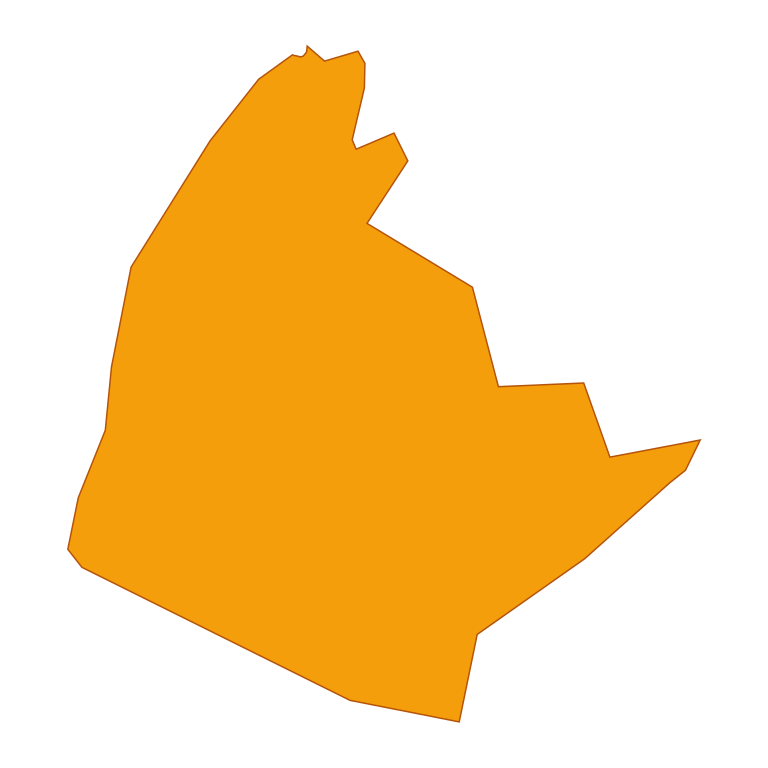 outline of San Miguel del Río, Oaxaca, Mexico
{"feature_id": "50627088B44096778996990", "entity_name": "San Miguel del Río", "entity_type": "district", "adm_level": 2, "iso_a3": "MEX", "parent_name": "Mexico", "parent_adm1": "Oaxaca", "projection": "natural_earth1", "projection_center": [-96.573, 17.33], "detail": "fine", "context": "isolated", "style": "filled", "palette": "amber", "viewbox_px": 768, "rotation_deg": 0, "n_neighbors": 0, "source": "geoboundaries", "source_scale": "gbopen_adm2", "svg_char_len": 571}
<svg xmlns="http://www.w3.org/2000/svg" viewBox="0 0 768 768"><path d="M67.8,549.3L82.0,567.4L350.1,700.4L459.2,721.9L477.2,634.4L584.7,558.7L669.5,483.0L685.5,470.2L700.2,440.0L667.1,446.3L609.9,457.1L583.7,383.0L498.4,386.7L472.4,287.2L367.0,223.4L407.8,160.9L394.0,133.1L356.1,149.2L352.2,139.8L364.4,87.9L364.9,63.3L358.0,51.2L324.5,61.1L307.2,46.1L306.6,52.0L303.3,56.1L300.7,56.9L297.8,56.2L296.1,55.8L294.0,55.5L292.5,54.8L258.7,79.2L210.1,140.8L131.1,267.1L111.5,366.9L105.3,430.3L78.3,497.7L67.8,549.3Z" fill="#f59e0b" stroke="#b45309" stroke-width="1.5"/></svg>